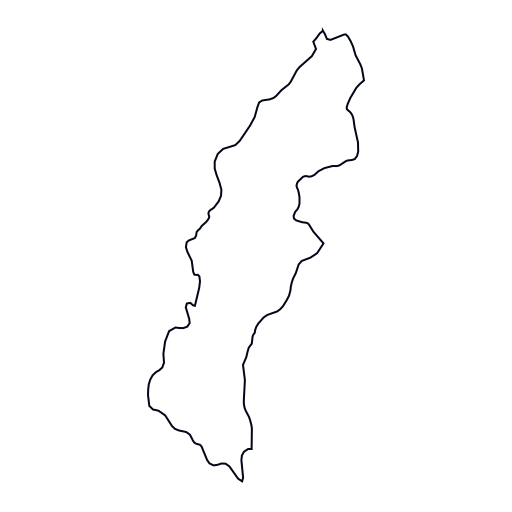 outline of Mahakali
{"feature_id": "NPL-1128", "entity_name": "Mahakali", "entity_type": "Administrative Zone", "adm_level": 1, "iso_a3": "NPL", "parent_name": "Nepal", "parent_adm1": "", "projection": "equal_earth", "projection_center": [80.565, 29.386], "detail": "fine", "context": "isolated", "style": "outline", "palette": "ink", "viewbox_px": 512, "rotation_deg": 0, "n_neighbors": 0, "source": "natural_earth", "source_scale": "10m", "svg_char_len": 2700}
<svg xmlns="http://www.w3.org/2000/svg" viewBox="0 0 512 512"><path d="M345.8,34.4L348.0,36.6L350.6,41.1L353.0,46.4L355.6,55.3L360.3,64.3L361.9,68.4L364.0,80.4L359.6,84.2L356.4,87.7L350.4,97.8L347.7,103.9L346.7,107.4L346.9,109.2L347.9,110.2L349.4,111.4L351.0,113.1L352.3,115.3L353.2,117.8L353.7,120.5L354.6,127.2L358.0,142.5L358.2,151.6L357.0,156.1L354.7,159.1L351.9,160.0L347.5,160.5L346.1,161.0L339.7,165.2L337.7,165.9L336.1,166.1L334.3,166.0L332.2,166.1L324.5,168.1L318.5,171.2L314.4,174.9L311.6,176.3L309.1,176.7L305.7,176.0L303.0,176.8L297.9,181.7L297.1,183.2L296.5,185.7L296.9,187.4L298.0,189.8L298.8,193.0L299.5,197.3L299.5,203.5L298.7,206.8L297.3,209.5L295.2,211.8L293.6,215.9L294.0,218.6L296.2,220.4L302.0,222.2L306.5,222.8L307.7,223.3L308.5,224.0L308.9,224.5L313.4,231.7L323.5,243.4L317.1,253.2L310.5,257.6L301.8,260.9L298.7,264.4L295.8,273.1L293.0,278.7L291.7,282.8L290.8,286.7L290.5,290.1L289.1,295.5L286.8,300.0L282.9,306.3L280.2,309.2L277.3,311.4L267.4,314.9L263.8,317.3L258.3,323.5L256.2,327.0L255.0,330.6L254.8,332.7L253.3,334.7L252.6,336.5L251.8,343.6L248.8,347.6L247.6,351.5L246.3,357.1L243.0,364.9L244.9,380.2L243.8,400.6L243.9,404.1L244.4,407.0L244.9,408.7L245.9,411.1L248.9,416.7L250.0,419.8L251.4,425.2L251.9,428.5L251.6,448.5L251.6,449.0L248.1,449.0L244.0,451.7L241.9,455.5L241.4,460.2L243.1,477.7L242.1,481.3L238.1,478.7L229.4,466.4L225.6,463.7L221.5,463.5L217.6,464.8L213.6,465.4L209.5,463.4L207.1,460.0L201.5,446.4L200.0,444.8L196.2,443.7L194.5,442.8L193.0,440.7L190.8,436.3L189.7,434.5L186.2,432.0L179.0,430.5L175.0,428.9L172.1,426.2L165.2,415.4L158.6,410.8L156.8,410.3L153.0,409.5L149.3,405.9L148.0,394.8L148.2,389.3L148.8,384.3L150.2,379.7L152.7,375.2L155.9,372.2L159.3,370.2L162.3,367.5L164.0,362.7L163.4,353.7L165.1,341.5L169.1,331.1L175.5,327.5L179.0,328.0L183.3,328.1L187.2,326.7L189.7,323.1L189.2,318.9L185.8,307.4L186.8,303.5L190.4,302.9L193.0,305.3L194.9,305.8L199.2,287.9L200.0,281.5L199.4,276.4L197.9,274.8L196.1,274.9L194.3,274.6L193.2,271.8L191.7,260.7L187.4,251.8L185.9,247.2L186.7,242.3L188.9,240.4L194.8,238.1L196.1,235.6L196.6,232.1L198.0,230.3L199.9,228.7L201.8,225.9L205.9,222.2L207.7,220.1L209.1,217.7L209.2,216.3L208.7,214.8L208.4,213.1L209.2,211.2L210.3,210.1L212.8,208.5L214.0,207.5L218.6,201.5L221.0,195.8L221.4,189.8L219.5,182.7L216.7,175.4L214.7,168.5L214.7,161.6L217.7,154.0L223.1,148.9L235.3,145.1L239.7,140.9L250.1,125.5L254.7,117.0L257.4,107.2L259.1,102.5L262.2,100.5L269.5,99.4L273.5,98.0L276.1,96.0L281.4,90.2L288.7,84.4L290.7,81.8L296.8,70.4L299.6,67.0L311.9,56.1L316.0,49.0L313.3,41.7L316.1,38.5L319.7,33.5L322.9,30.8L322.9,30.7L324.9,34.1L326.9,38.9L330.5,39.9L344.2,34.5L345.8,34.4Z" fill="none" stroke="#020617" stroke-width="2"/></svg>